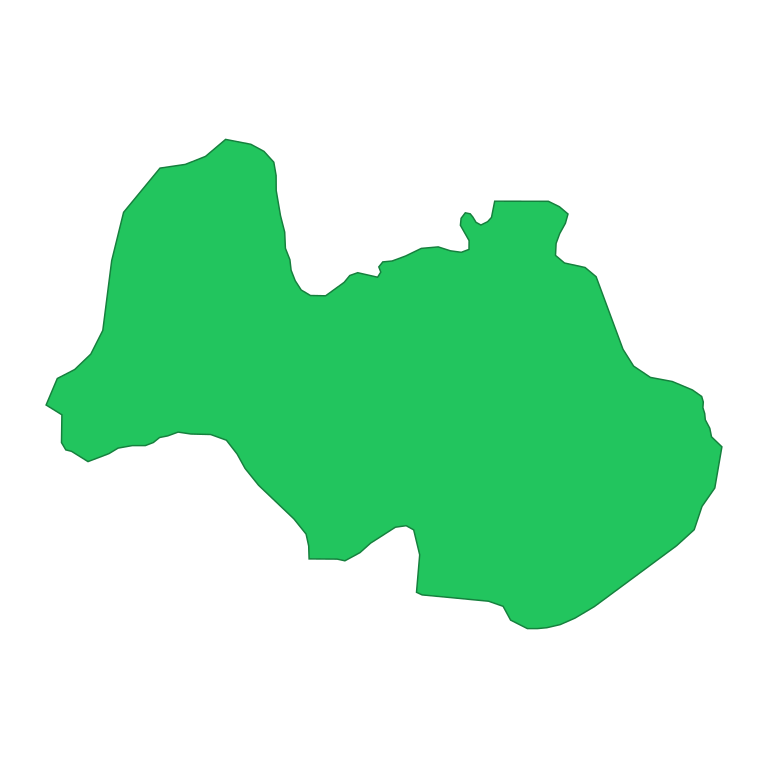 map outline of Al Bayda' (Mercator projection)
{"feature_id": "YEM-333", "entity_name": "Al Bayda'", "entity_type": "Governorate", "adm_level": 1, "iso_a3": "YEM", "parent_name": "Yemen", "parent_adm1": "", "projection": "mercator", "projection_center": [45.347, 14.319], "detail": "fine", "context": "isolated", "style": "filled", "palette": "green", "viewbox_px": 768, "rotation_deg": 0, "n_neighbors": 0, "source": "natural_earth", "source_scale": "10m", "svg_char_len": 1563}
<svg xmlns="http://www.w3.org/2000/svg" viewBox="0 0 768 768"><path d="M225.6,139.4L250.9,144.3L264.0,151.4L273.8,162.2L276.1,175.5L276.2,190.5L280.5,215.7L284.7,232.1L285.4,248.3L289.9,259.7L291.1,270.2L295.2,280.7L301.2,290.0L310.4,295.5L325.6,295.8L344.2,282.3L349.8,275.5L357.7,272.7L377.6,277.2L380.8,272.1L378.8,266.9L382.8,261.9L392.1,261.0L405.6,256.0L421.3,248.4L438.2,246.9L450.4,250.8L461.3,252.3L469.0,249.4L469.1,240.6L460.4,225.3L461.1,218.3L465.3,212.8L470.2,213.8L472.8,217.0L476.0,222.3L480.9,225.0L487.6,221.7L491.5,217.4L494.7,201.2L548.4,201.3L559.5,206.8L568.0,214.0L565.4,223.3L559.7,233.6L556.1,243.4L555.5,255.4L564.5,263.0L585.1,267.5L596.1,276.7L623.0,349.3L633.6,366.1L650.4,377.4L672.3,381.5L692.5,390.0L701.7,396.5L703.3,402.0L702.9,407.7L704.7,413.5L705.3,419.8L709.8,428.3L711.5,436.8L721.9,446.8L714.8,488.0L702.0,506.4L694.2,529.7L676.6,545.7L594.6,606.4L575.0,618.1L560.2,624.6L546.9,627.7L537.2,628.6L527.4,628.6L510.6,620.1L503.1,606.3L488.4,601.2L422.1,594.9L416.5,592.3L419.7,554.8L413.7,529.9L406.2,525.7L395.4,527.2L370.6,543.1L360.0,552.6L344.9,560.8L337.2,559.1L309.1,558.9L308.7,546.0L306.1,534.1L293.9,518.9L258.6,485.3L245.1,468.5L237.1,454.0L226.4,440.2L210.7,434.5L190.9,434.0L178.1,432.1L167.7,435.9L159.6,437.5L153.4,442.5L145.3,445.6L132.2,445.6L118.1,448.1L109.0,453.6L88.0,461.6L71.5,451.3L65.8,449.9L61.5,442.6L61.9,414.8L46.1,405.0L57.3,378.5L74.7,369.5L90.8,354.1L102.8,330.4L111.7,260.6L123.6,212.3L160.0,168.1L185.3,164.4L205.5,156.4L225.6,139.4Z" fill="#22c55e" stroke="#15803d" stroke-width="1.5"/></svg>